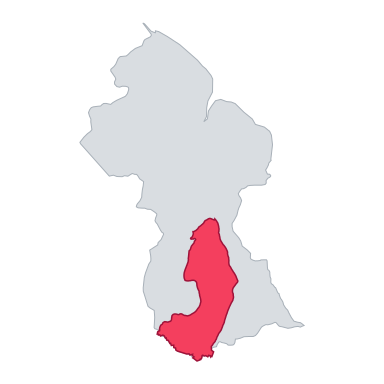 location of IX-2 Rewa(Illiwa)/U.E, Upper Takutu-Upper Essequibo, Guyana
{"feature_id": "73187651B68809145182680", "entity_name": "IX-2 Rewa(Illiwa)/U.E", "entity_type": "district", "adm_level": 2, "iso_a3": "GUY", "parent_name": "Guyana", "parent_adm1": "Upper Takutu-Upper Essequibo", "projection": "orthographic", "projection_center": [-58.667, 2.726], "detail": "fine", "context": "in_parent", "style": "filled", "palette": "rose", "viewbox_px": 384, "rotation_deg": 0, "n_neighbors": 0, "source": "geoboundaries", "source_scale": "gbopen_adm2", "svg_char_len": 9565}
<svg xmlns="http://www.w3.org/2000/svg" viewBox="0 0 384 384"><path d="M109.3,176.1L99.7,165.3L90.0,154.4L80.5,143.7L79.9,142.3L83.9,137.2L87.5,133.6L90.4,131.5L91.9,129.7L90.8,121.9L90.9,119.1L89.5,116.0L88.5,112.6L89.7,109.7L91.2,107.7L93.1,106.9L97.5,106.3L100.7,106.0L101.8,104.8L103.6,103.5L106.0,103.4L110.7,104.4L112.8,102.6L116.7,100.3L125.4,96.3L127.4,93.7L128.7,89.6L128.6,87.7L127.7,86.9L125.6,86.3L122.3,86.2L119.6,87.2L116.9,86.6L114.6,84.1L114.5,82.0L115.8,79.1L115.1,77.2L110.8,71.0L110.8,69.3L114.0,66.5L115.8,64.1L118.2,58.5L120.2,56.6L126.2,56.0L127.8,54.8L130.8,51.8L135.4,48.4L142.1,45.7L144.0,40.7L145.1,39.4L150.4,36.8L151.3,35.4L151.2,34.2L142.8,23.0L144.5,23.8L151.0,31.1L154.6,32.6L155.4,32.7L155.4,30.8L158.7,31.6L167.3,36.5L179.8,44.7L197.5,60.2L202.5,66.1L205.9,68.9L211.1,75.6L212.7,79.0L212.5,92.1L207.9,101.0L206.7,107.7L206.5,116.6L203.8,121.7L207.4,118.9L208.5,110.9L211.6,106.0L215.5,100.7L220.8,99.4L226.6,101.6L231.2,102.0L235.2,103.6L243.9,112.2L252.3,119.0L255.4,124.4L264.4,127.1L269.7,131.4L271.4,135.1L272.5,144.8L270.8,159.5L271.2,160.2L268.8,163.1L268.4,165.0L266.8,168.2L265.6,170.0L267.4,174.1L269.4,174.2L270.2,174.8L270.7,175.6L270.6,176.4L269.8,177.2L267.9,178.2L266.1,180.5L266.2,183.1L265.1,184.5L261.4,185.2L254.1,185.2L250.6,185.4L247.7,185.8L245.9,187.5L243.5,188.7L241.6,188.9L240.0,190.9L238.3,193.6L238.9,195.5L240.6,198.0L241.6,200.6L240.3,204.8L238.8,208.0L238.0,210.5L236.9,215.2L234.1,220.4L232.1,223.4L232.1,226.6L233.1,231.2L238.8,237.8L240.7,241.0L242.2,246.1L247.4,250.1L250.6,253.4L250.3,257.7L250.8,259.0L252.8,260.1L255.2,260.9L257.9,260.8L260.3,260.5L260.9,259.9L266.5,259.8L267.1,260.9L267.4,267.0L267.7,269.5L269.0,270.5L269.8,272.1L269.8,273.5L270.1,276.9L270.9,278.7L270.8,282.4L271.4,283.8L272.9,284.7L274.9,287.4L275.6,287.7L276.0,288.6L277.6,292.4L278.5,293.5L279.1,293.7L279.3,295.0L280.6,298.5L281.4,299.4L282.9,302.0L283.6,304.8L285.6,308.0L287.7,310.2L288.7,312.5L291.4,317.6L294.0,321.2L297.5,322.2L300.5,322.7L302.3,324.0L304.1,325.5L302.2,326.2L300.4,327.1L298.0,326.4L294.7,326.8L291.2,327.8L287.9,328.3L281.8,326.7L280.0,326.5L278.7,325.8L276.2,322.7L275.0,322.3L271.8,323.8L267.8,324.8L265.9,324.6L263.6,325.7L261.5,327.1L257.5,333.3L255.5,335.5L253.2,336.5L248.8,336.5L244.0,336.7L240.4,338.2L237.1,339.0L235.4,339.1L234.9,342.5L234.1,344.1L233.0,345.0L230.4,345.2L228.1,345.1L226.7,343.7L224.1,343.0L221.7,342.5L220.2,341.7L219.0,341.9L218.0,343.3L217.2,344.5L216.5,346.7L213.0,347.4L211.4,348.7L212.3,352.9L211.9,354.5L211.2,355.8L206.9,356.0L203.2,355.9L201.2,357.5L198.5,359.3L197.0,359.6L195.1,359.5L192.6,357.4L190.2,354.9L184.2,353.1L178.2,351.6L174.3,347.5L173.3,345.5L171.5,344.6L166.8,339.8L164.2,336.7L161.4,335.9L158.2,334.6L158.4,332.3L158.2,330.2L156.8,329.3L154.8,328.7L154.1,327.5L154.3,324.7L154.7,317.4L154.2,310.4L149.9,307.9L148.0,306.3L144.8,296.0L143.3,291.3L143.2,287.8L144.3,277.5L145.5,273.0L148.8,264.1L150.8,261.1L150.9,258.8L150.7,255.9L149.7,250.1L155.3,246.5L157.7,245.0L158.1,242.6L161.2,239.5L162.5,236.6L163.6,234.3L163.3,233.1L162.0,232.4L160.5,230.2L157.2,223.9L156.0,222.6L155.0,220.8L155.6,218.0L156.8,215.0L156.7,213.8L154.7,212.1L150.7,209.4L147.4,209.2L144.8,208.2L141.1,208.1L138.0,207.8L136.3,206.8L136.7,205.1L137.4,203.8L140.0,200.7L141.7,197.3L141.9,194.0L142.4,189.6L143.2,185.8L143.6,181.6L139.6,178.8L138.3,176.5L136.7,174.4L134.9,174.4L132.2,173.5L127.9,176.2L124.5,175.7L122.2,176.7L116.9,176.5L113.4,175.2L109.3,176.1Z" fill="#d9dde1" stroke="#a8b0b8" stroke-width="1"/><path d="M193.0,231.6L193.1,232.6L193.3,233.5L193.3,234.0L193.1,234.6L192.9,235.2L192.7,235.7L192.6,236.0L192.3,236.8L192.0,237.2L191.6,237.3L191.3,237.6L191.0,237.8L190.7,238.2L190.6,238.6L190.9,239.0L191.2,239.1L191.7,239.1L192.2,239.0L192.6,239.0L193.0,239.1L193.4,239.0L193.8,238.7L194.2,238.5L195.1,238.6L195.4,238.9L195.6,239.2L195.7,239.6L195.4,240.0L195.2,240.4L194.8,240.8L194.5,241.1L194.2,242.0L194.2,242.4L194.0,242.9L193.8,243.2L193.5,243.6L193.2,243.9L192.3,245.0L192.1,245.3L191.5,246.0L191.3,246.4L190.9,247.7L190.7,248.1L190.5,249.1L190.3,249.6L190.0,250.0L189.3,250.6L189.1,250.9L188.5,257.0L188.3,258.3L188.3,258.8L188.4,259.4L188.4,259.9L188.3,260.3L188.2,261.4L187.9,262.5L187.5,263.5L187.2,264.3L187.0,265.0L186.7,265.6L186.5,266.1L186.1,267.3L185.7,268.2L185.1,269.8L184.6,271.4L184.3,272.4L184.2,273.1L184.1,273.7L184.0,274.9L184.0,276.4L184.1,276.9L184.1,277.5L184.3,278.4L184.5,278.9L184.8,279.7L184.9,280.1L185.3,280.5L186.6,280.8L187.6,280.9L188.4,280.9L189.8,280.7L190.3,280.7L191.6,280.4L192.0,280.3L193.0,280.3L193.8,280.3L194.2,280.4L194.7,280.6L195.2,280.9L195.7,281.3L196.4,282.1L196.5,282.5L196.7,282.9L196.8,283.9L196.9,284.8L196.9,285.3L197.1,286.2L197.3,287.1L197.6,288.1L198.3,289.8L198.7,290.6L199.0,291.0L199.1,291.5L199.2,292.0L199.1,292.5L199.6,294.6L199.6,295.4L200.2,297.5L200.4,298.3L200.5,298.7L200.6,299.2L200.7,299.7L200.8,300.7L200.9,301.5L200.8,301.9L200.4,303.3L200.3,303.8L200.2,304.2L200.1,304.7L199.7,305.6L199.3,306.5L199.1,307.0L198.4,307.8L198.1,308.2L197.8,308.5L197.5,309.0L197.3,309.3L197.0,309.8L196.6,310.2L196.1,311.0L195.7,311.3L195.0,312.0L193.6,313.0L192.4,313.6L191.6,314.1L191.3,314.3L190.9,314.6L190.6,314.8L190.1,315.0L189.4,315.4L188.4,315.6L188.0,315.8L187.4,315.9L187.0,315.8L186.5,315.7L186.0,315.6L185.5,315.5L185.1,315.4L184.7,315.5L183.7,315.1L183.2,314.9L182.5,314.3L182.0,314.1L181.6,314.0L181.2,313.8L180.7,313.8L179.8,314.0L179.4,314.3L179.1,314.5L178.6,314.6L178.2,314.6L177.7,314.5L177.2,314.3L176.7,314.2L175.7,314.0L174.8,314.0L174.4,314.0L173.6,314.3L173.2,314.4L172.6,315.0L172.3,315.3L172.0,315.7L171.9,316.1L171.8,317.1L171.7,317.5L171.6,317.9L171.6,318.8L171.5,319.6L171.2,320.4L170.9,320.8L170.6,321.2L170.2,321.3L169.8,321.5L169.4,321.5L168.6,321.9L168.0,322.1L167.5,322.1L167.0,322.0L166.5,321.9L165.6,321.8L165.1,321.7L164.6,321.7L163.7,322.2L163.2,322.5L162.9,322.8L162.4,324.0L162.0,324.4L161.5,324.7L161.1,324.9L160.7,325.3L160.5,325.7L160.1,326.7L159.9,327.1L159.8,327.5L159.7,327.9L159.6,328.3L159.7,329.7L159.6,330.1L159.6,330.5L159.4,330.5L159.5,330.4L159.3,329.9L158.8,331.4L157.7,331.8L157.2,334.1L158.3,334.2L158.4,335.0L159.8,334.8L160.5,336.0L162.8,335.1L164.1,335.7L165.4,338.1L166.2,337.9L166.7,340.1L168.3,340.4L169.9,343.5L170.6,343.3L171.3,345.5L173.7,345.2L173.8,347.6L175.6,348.0L175.8,350.0L177.2,351.0L186.6,354.0L189.1,353.8L189.8,355.0L192.6,354.3L192.3,355.5L194.0,356.9L192.8,357.9L193.6,358.4L197.0,361.0L199.3,360.2L200.2,359.2L200.7,359.6L201.8,357.9L202.1,355.5L202.8,355.2L204.2,356.0L205.8,355.6L207.8,356.8L208.7,355.3L209.9,355.6L210.7,357.0L211.1,356.1L211.9,356.5L213.6,351.8L211.5,350.3L211.3,347.1L211.3,346.7L211.4,346.3L211.7,346.0L212.3,345.3L212.5,345.0L212.8,344.5L213.2,343.8L213.4,343.4L214.4,342.4L214.7,342.0L214.9,341.7L215.2,341.3L215.4,340.7L215.6,340.2L216.3,339.2L216.6,338.3L216.7,337.9L217.0,337.0L217.5,336.2L217.8,335.4L218.1,335.0L218.3,334.6L218.4,334.1L218.6,333.7L218.8,333.3L219.2,332.9L219.7,332.2L220.3,331.4L220.7,330.7L221.0,330.4L221.2,329.9L221.4,329.5L221.6,329.0L221.9,328.1L222.5,326.7L222.7,325.8L222.9,325.3L223.1,324.9L223.3,324.6L223.5,324.2L223.9,323.2L224.3,322.2L224.4,321.6L224.6,320.6L224.8,319.7L225.0,319.2L225.2,318.8L225.3,318.4L225.4,317.8L225.6,317.4L225.8,316.7L225.9,316.3L226.2,315.4L226.3,315.0L226.7,314.1L226.8,313.7L227.1,313.1L227.2,312.7L227.3,312.3L227.6,311.4L227.7,311.0L228.6,308.9L228.8,308.4L229.1,307.6L229.7,306.2L230.0,305.7L230.4,304.8L231.2,303.1L232.5,300.9L232.8,300.4L232.9,299.8L233.0,299.4L233.1,299.0L233.3,298.4L233.4,297.9L233.5,297.3L233.5,296.8L233.4,296.3L233.3,295.8L233.2,294.5L233.2,294.1L233.1,293.6L233.0,293.3L232.6,292.5L232.5,292.0L232.5,291.0L232.5,290.1L232.7,289.2L233.0,288.3L233.5,287.4L233.8,287.0L234.3,286.3L234.6,285.9L235.0,285.4L235.2,285.1L235.9,284.1L236.8,283.0L237.1,282.7L237.5,282.2L237.8,281.3L237.8,280.8L237.6,280.4L237.4,280.0L237.2,279.5L237.0,279.0L236.6,278.0L236.4,277.5L236.1,276.7L236.0,276.3L235.6,275.6L235.4,275.2L234.9,274.3L234.2,273.1L233.9,272.7L233.6,272.3L233.3,271.9L232.8,271.0L232.5,270.5L231.7,269.3L231.4,268.8L231.0,268.0L230.6,267.2L230.0,266.3L229.6,265.9L229.2,265.1L229.1,264.7L229.0,264.2L228.9,263.6L228.8,262.2L228.9,260.7L228.9,260.2L228.7,259.0L228.7,258.4L228.7,257.7L227.9,255.6L227.7,254.7L227.5,253.6L227.6,252.6L227.5,252.1L227.4,251.4L226.8,250.1L226.6,249.7L226.2,248.8L226.0,248.4L225.5,247.6L225.2,247.1L224.9,246.7L224.6,246.3L224.1,245.6L223.7,245.1L223.4,244.9L223.1,244.5L222.9,244.2L222.2,243.1L222.0,242.7L220.7,240.6L220.4,239.7L220.0,238.8L220.0,238.3L219.9,237.8L219.8,236.9L219.5,236.0L219.4,234.9L219.2,234.1L218.7,233.2L218.6,232.7L218.7,231.7L218.9,231.4L218.9,230.5L219.0,230.0L219.0,229.7L219.0,229.1L219.0,228.6L218.9,228.1L218.8,227.7L218.7,227.3L218.7,226.7L218.6,226.3L218.5,225.8L218.4,225.3L218.3,224.9L218.1,224.4L217.9,223.4L217.7,223.0L217.5,222.5L216.9,221.7L216.5,220.9L216.1,220.5L215.6,219.7L215.3,219.4L214.9,219.0L214.9,219.5L214.9,219.8L214.6,220.0L214.1,219.9L213.4,219.7L213.0,219.5L212.6,219.3L212.1,219.2L211.7,219.0L211.1,218.7L210.8,218.6L209.9,218.4L209.3,218.5L208.4,218.8L208.0,219.1L207.6,219.3L207.2,219.6L206.9,219.8L206.1,220.2L205.6,220.4L205.1,220.6L204.6,221.4L204.3,221.9L204.0,222.2L204.0,222.6L203.3,223.4L202.9,223.7L202.7,224.1L202.3,224.4L201.9,224.6L201.2,225.3L200.0,226.3L199.5,226.5L199.1,226.8L198.8,227.1L198.3,227.9L198.1,228.2L197.9,228.6L197.6,228.9L197.0,229.5L196.6,229.8L195.9,230.5L195.4,230.7L195.0,230.9L194.6,231.2L194.2,231.4L193.8,231.6L193.0,231.6Z" fill="#f43f5e" stroke="#9f1239" stroke-width="1.5"/></svg>